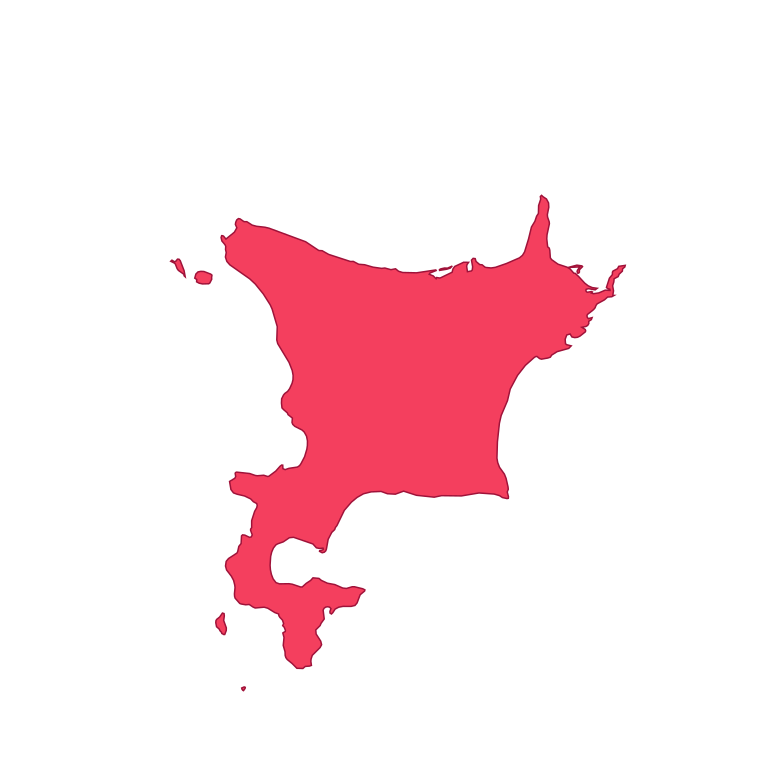 map outline of Hokkaidō (Natural Earth projection), rotated 332°
{"feature_id": "JPN-1847", "entity_name": "Hokkaidō", "entity_type": "Circuit", "adm_level": 1, "iso_a3": "JPN", "parent_name": "Japan", "parent_adm1": "", "projection": "natural_earth1", "projection_center": [142.428, 43.461], "detail": "fine", "context": "isolated", "style": "filled", "palette": "rose", "viewbox_px": 768, "rotation_deg": 332, "n_neighbors": 0, "source": "natural_earth", "source_scale": "10m", "svg_char_len": 6177}
<svg xmlns="http://www.w3.org/2000/svg" viewBox="0 0 768 768"><g transform="rotate(332 384 384)"><path d="M646.5,390.3L652.7,392.5L651.5,393.8L648.8,394.3L647.4,396.3L643.2,397.4L641.2,399.1L636.6,399.1L634.8,401.8L632.0,404.6L630.4,409.5L627.6,413.2L628.7,413.8L626.1,413.9L622.2,412.2L618.2,413.2L609.8,413.3L608.0,414.2L606.2,415.8L604.0,416.7L596.3,418.1L595.3,418.9L594.8,420.4L595.1,422.2L598.9,423.1L597.3,424.5L594.2,424.8L593.2,426.8L591.3,427.9L589.3,428.0L585.3,426.8L587.3,430.4L587.0,431.8L586.2,432.5L579.6,433.7L576.8,433.6L574.2,432.6L572.0,430.7L571.8,427.2L568.4,426.5L565.0,429.5L563.2,433.6L563.7,435.0L567.2,438.2L563.8,439.3L552.0,436.7L545.6,437.2L543.5,438.4L540.9,438.0L534.7,436.0L533.3,434.6L532.0,431.5L530.9,431.0L529.1,431.1L517.6,433.9L505.9,439.1L493.1,447.7L485.2,456.7L472.7,466.8L467.5,472.8L457.0,488.3L448.9,502.5L447.5,506.8L446.9,511.8L448.0,520.1L447.5,524.6L445.2,533.1L444.3,535.3L442.1,537.2L441.0,541.9L440.1,543.3L438.8,542.9L435.2,539.8L433.6,536.8L429.6,532.9L416.7,524.8L399.9,519.2L382.4,509.6L375.2,507.5L360.4,497.5L351.0,487.8L342.3,486.6L335.5,482.5L331.0,477.5L322.0,473.2L314.4,471.3L307.0,471.5L299.8,473.0L289.7,476.9L276.0,486.9L273.7,487.9L272.1,489.4L268.2,490.5L261.8,494.9L255.6,502.8L254.2,504.0L252.3,504.5L250.2,504.0L248.5,501.5L248.9,501.0L252.1,501.7L252.9,501.4L253.1,500.3L249.8,498.9L247.4,496.9L246.1,491.8L232.2,476.9L228.3,475.3L221.0,476.1L215.0,475.2L213.0,475.3L209.4,476.9L206.0,479.6L203.0,483.0L198.3,490.6L196.5,494.7L195.2,499.2L194.6,504.0L195.4,508.7L197.9,511.4L206.3,515.7L209.0,517.7L215.1,524.1L216.6,524.8L221.7,523.5L227.0,523.0L230.3,521.8L235.3,525.1L236.5,528.0L240.5,533.3L246.4,538.0L251.8,544.8L254.9,546.9L260.8,548.1L262.8,549.2L269.1,554.8L270.5,556.8L269.7,557.7L264.0,558.9L257.4,564.7L254.4,565.9L250.5,564.9L243.4,561.1L239.2,559.8L235.2,559.8L231.4,561.9L229.6,562.4L228.8,560.9L229.5,559.4L231.7,557.4L231.2,555.5L229.7,554.2L227.7,553.6L225.7,553.9L224.1,555.1L220.9,563.4L216.0,565.8L214.2,567.3L208.3,569.1L206.7,572.9L207.4,581.4L206.5,584.9L203.8,586.7L193.3,589.9L190.5,592.6L189.2,594.6L187.8,598.4L185.8,598.1L181.9,596.4L178.8,597.1L173.6,594.1L171.7,587.8L169.2,581.8L168.9,579.5L169.3,577.3L170.9,574.0L172.3,567.5L176.7,560.9L177.7,556.6L178.0,556.2L180.6,556.2L181.3,555.2L181.7,551.9L181.1,549.8L182.9,548.4L183.5,544.8L182.5,541.2L182.4,539.2L183.0,537.6L180.3,534.6L176.1,527.4L173.4,524.8L165.1,521.3L163.6,519.4L161.5,515.4L158.2,514.0L154.5,511.1L153.6,510.0L152.0,503.3L152.4,501.3L153.4,499.1L156.9,493.8L157.8,491.5L159.0,486.8L159.0,482.1L157.7,474.3L158.6,470.3L161.4,466.5L164.8,465.1L174.8,464.2L176.1,463.3L179.6,459.2L182.9,457.8L186.9,451.2L188.3,450.8L190.2,452.1L193.3,456.3L195.0,456.7L196.8,455.4L197.5,450.6L198.1,449.5L199.7,448.7L203.0,442.5L210.0,435.7L213.5,433.5L215.0,431.8L215.5,429.8L213.4,426.6L212.3,422.8L208.3,417.4L202.5,412.3L200.0,409.5L199.3,405.3L201.9,397.5L208.0,397.2L209.6,396.1L210.6,393.1L211.3,392.5L212.5,392.6L223.4,400.0L227.4,404.3L229.0,405.5L235.0,408.1L237.8,411.0L239.0,411.4L247.5,410.1L253.7,407.8L255.6,407.5L256.5,408.1L255.0,411.3L256.5,413.2L260.4,413.8L268.6,416.7L271.2,416.4L273.4,415.3L279.8,410.9L285.3,405.3L287.5,402.3L289.7,398.3L291.1,393.7L291.0,388.9L290.0,386.1L285.4,379.6L284.5,376.9L284.7,374.8L287.1,371.1L284.9,366.0L285.1,364.1L283.3,359.5L282.7,357.2L284.5,352.7L286.7,349.0L290.0,346.6L291.9,345.8L295.4,345.3L298.5,343.8L303.2,340.2L305.7,337.4L307.8,333.7L309.3,329.0L310.3,320.4L309.1,298.5L310.0,294.8L316.7,283.2L320.4,265.3L320.7,260.6L319.7,247.8L317.3,235.4L314.8,228.1L303.8,206.4L302.8,202.0L303.6,197.4L306.4,193.9L307.2,190.9L308.9,188.1L309.0,186.4L308.0,181.6L308.9,178.2L310.3,176.8L311.3,177.4L311.8,178.3L312.5,181.8L323.2,179.7L327.4,177.0L327.7,173.3L329.0,171.6L331.0,170.0L333.1,169.6L334.4,170.6L336.6,174.9L339.1,176.3L342.2,181.8L345.5,184.9L352.5,189.7L355.6,192.4L381.6,221.6L389.1,235.5L392.0,237.3L396.0,243.6L411.8,260.0L414.5,261.4L417.9,266.4L422.9,269.6L429.2,275.7L436.2,280.8L439.2,282.0L443.8,286.3L448.3,287.7L449.8,291.3L452.8,294.3L464.9,301.1L483.3,307.6L483.3,308.3L476.6,307.6L475.4,308.3L478.2,311.6L479.4,315.5L480.5,314.7L482.8,316.5L483.9,316.8L496.6,317.3L498.9,314.8L501.6,313.4L511.5,313.9L515.8,316.3L513.3,317.6L512.2,319.0L510.4,324.0L514.3,325.2L515.5,324.7L517.3,322.1L519.4,315.7L521.7,314.9L523.4,316.1L522.8,319.0L524.6,323.5L526.6,324.8L528.0,328.2L528.8,329.0L533.0,331.8L537.2,333.3L548.7,335.1L562.8,336.2L566.7,335.4L570.2,333.3L579.7,323.8L587.9,314.6L593.6,311.2L597.5,307.5L600.4,305.9L604.3,299.0L609.1,294.4L610.1,291.8L611.7,291.4L612.4,293.4L614.3,296.9L614.3,301.4L612.5,305.3L607.7,311.2L606.8,313.4L606.0,318.4L605.3,320.1L598.0,328.8L595.9,332.2L592.9,339.7L593.7,341.6L593.2,343.7L590.1,350.7L590.4,352.9L593.9,359.9L600.5,366.8L602.4,370.0L603.6,375.2L604.8,376.1L606.3,380.4L608.6,389.2L610.4,393.2L613.2,396.7L617.2,399.6L614.6,400.0L609.4,395.9L607.0,395.3L606.2,396.1L606.0,397.3L606.5,398.4L610.7,399.8L611.2,400.6L609.8,401.0L611.3,402.6L616.4,404.4L623.4,405.0L627.5,407.5L627.9,406.3L626.2,404.6L625.7,403.2L632.7,396.4L637.0,394.6L638.2,392.5L639.2,391.8L644.3,391.8L646.5,390.3ZM282.6,205.6L283.2,207.1L281.7,209.2L281.1,210.6L277.7,213.0L276.3,213.2L270.7,210.4L268.1,208.2L266.5,205.8L267.7,203.8L266.6,201.7L269.5,198.6L272.4,197.7L275.1,198.5L277.8,200.1L282.6,205.6ZM133.8,510.4L135.0,511.6L134.2,513.7L131.4,517.6L130.3,525.3L129.0,527.6L125.8,530.4L125.0,530.1L123.7,528.1L123.9,526.9L123.4,525.1L123.4,522.9L122.2,519.7L123.4,515.8L124.5,514.1L125.7,513.3L129.5,512.6L133.8,510.4ZM260.3,176.8L261.6,177.6L262.0,179.5L260.7,190.1L258.8,196.0L258.3,194.6L258.8,193.2L255.8,187.2L255.5,185.0L256.1,180.1L255.7,178.9L253.3,175.5L254.9,175.1L256.5,177.8L257.6,177.9L260.3,176.8ZM610.1,369.6L614.2,372.6L614.4,373.6L610.2,374.9L609.0,377.0L607.9,377.5L607.0,377.0L607.3,375.3L608.2,374.4L611.8,372.5L601.1,367.5L610.1,369.6ZM491.9,310.0L494.4,311.5L499.7,311.9L496.8,312.8L493.2,312.1L486.4,309.8L486.7,309.0L488.2,309.0L491.9,310.0ZM118.3,585.8L119.1,586.7L118.4,587.6L116.0,588.8L115.6,588.3L115.3,586.9L115.6,585.6L118.3,585.8Z" fill="#f43f5e" stroke="#9f1239" stroke-width="1.5"/></g></svg>